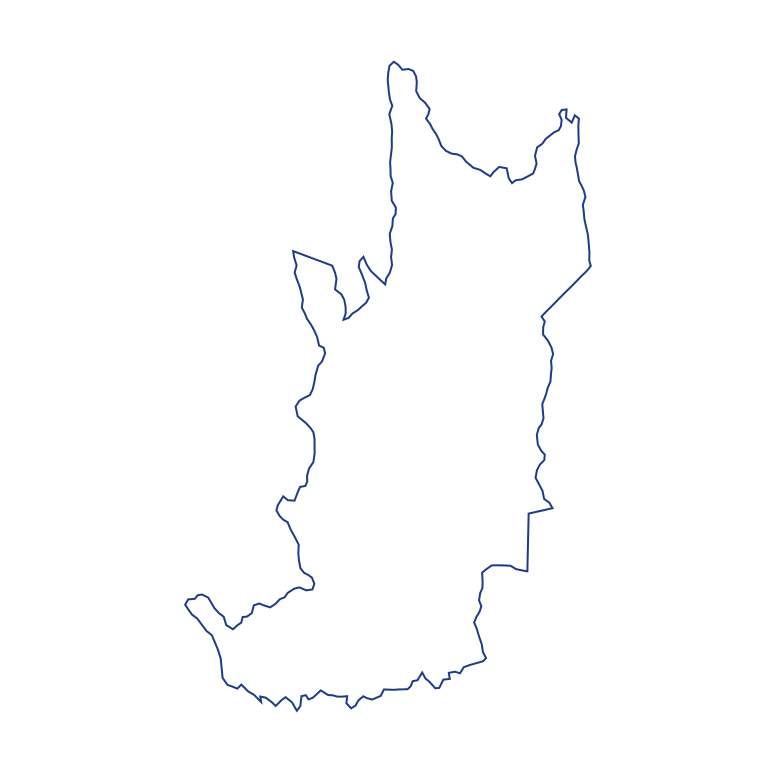 Maiquinique, Bahia, Brazil, rotated 355°
{"feature_id": "56859067B35970304488372", "entity_name": "Maiquinique", "entity_type": "district", "adm_level": 2, "iso_a3": "BRA", "parent_name": "Brazil", "parent_adm1": "Bahia", "projection": "equal_earth", "projection_center": [-40.278, -15.65], "detail": "fine", "context": "isolated", "style": "outline", "palette": "blue", "viewbox_px": 768, "rotation_deg": 355, "n_neighbors": 0, "source": "geoboundaries", "source_scale": "gbopen_adm2", "svg_char_len": 4294}
<svg xmlns="http://www.w3.org/2000/svg" viewBox="0 0 768 768"><g transform="rotate(355 384 384)"><path d="M597.5,133.0L593.8,140.0L588.5,134.6L589.8,126.4L585.0,126.5L582.0,130.4L584.0,136.3L582.7,142.6L580.1,146.4L575.4,148.1L570.9,151.0L566.6,153.8L562.7,158.4L557.2,161.6L554.3,169.8L555.2,177.8L553.1,183.0L550.9,187.3L546.0,189.4L539.3,192.2L532.9,192.5L529.0,195.1L526.2,189.9L525.0,179.8L517.7,177.8L511.6,182.4L508.0,186.4L504.1,183.5L498.3,179.0L491.9,176.4L485.0,169.5L481.6,164.2L477.3,161.7L471.7,160.5L465.9,157.1L461.8,151.8L459.7,144.6L457.5,139.2L454.5,133.9L452.6,129.1L449.0,123.2L451.7,119.2L453.4,114.0L449.4,107.3L444.6,102.4L441.6,95.2L443.0,86.0L442.7,80.2L440.4,74.7L436.1,72.4L429.6,72.5L426.0,67.3L421.9,63.8L417.2,67.5L415.4,74.2L414.2,81.4L414.3,94.1L414.8,101.3L416.5,107.6L412.8,115.7L414.1,125.8L414.1,133.1L413.1,140.2L412.4,149.2L410.7,157.3L409.4,163.7L409.2,170.6L408.7,177.6L410.3,184.4L407.9,192.5L407.7,202.1L411.2,209.3L410.3,215.9L407.3,219.7L406.1,227.4L402.8,234.9L402.8,242.8L403.6,250.9L402.1,258.1L402.4,266.2L399.5,273.6L395.4,279.1L393.9,284.9L389.9,280.6L384.7,274.7L380.9,270.5L377.2,263.6L374.6,255.5L370.3,259.6L369.1,265.5L371.4,272.5L374.0,281.5L375.0,289.6L376.5,296.7L373.2,301.6L369.3,304.3L364.6,308.0L358.8,311.0L354.3,315.2L349.3,316.4L351.9,310.6L352.5,304.0L351.7,296.5L349.3,290.9L343.5,285.5L345.8,275.1L345.0,269.0L342.7,261.6L305.1,243.7L305.5,250.0L307.3,258.3L304.7,265.1L306.3,272.2L308.5,279.7L310.6,292.7L308.8,300.7L311.3,306.8L313.0,312.3L316.7,319.0L319.2,324.8L321.4,331.1L322.7,340.1L327.2,342.7L328.0,348.4L324.2,356.2L320.1,359.9L316.7,368.6L314.6,376.6L312.6,382.8L309.2,388.6L302.5,391.2L298.4,393.2L294.0,398.7L295.2,408.7L302.9,416.2L307.0,421.5L309.4,425.8L310.0,432.2L309.4,440.0L308.8,447.4L306.9,455.5L301.9,461.8L299.3,468.8L299.1,474.3L296.8,478.7L291.4,479.2L288.6,484.4L284.7,492.4L278.1,491.4L273.8,487.2L267.7,495.4L265.8,500.5L268.6,506.5L271.8,510.4L275.9,513.2L278.5,521.3L281.5,527.9L285.0,536.6L283.9,545.3L283.9,552.4L284.7,560.3L288.0,565.2L291.7,567.5L295.3,570.6L297.2,577.0L294.8,582.4L288.6,582.8L282.1,579.3L276.8,580.0L269.9,583.7L266.3,587.9L261.7,589.2L256.8,593.5L251.2,596.6L245.3,594.2L240.5,591.8L235.0,593.2L232.4,600.7L227.2,603.8L222.9,603.8L221.0,609.3L216.7,611.7L212.2,615.2L205.8,610.4L204.0,601.8L199.8,598.1L195.4,592.3L192.4,585.9L190.3,581.5L184.5,577.9L180.0,578.2L176.9,581.5L170.1,581.5L166.7,586.5L169.5,591.8L172.8,597.2L177.4,601.2L185.6,614.5L190.6,619.2L195.3,633.8L197.4,643.2L197.6,662.7L201.9,670.1L206.8,672.3L211.3,674.7L215.7,671.0L221.7,678.2L227.5,682.4L233.9,690.1L233.5,684.6L238.8,686.1L244.6,691.3L248.0,695.3L254.3,690.1L258.6,687.4L264.6,693.1L268.7,701.9L272.5,697.7L274.6,687.8L279.0,687.2L281.3,691.6L285.6,690.4L289.4,687.6L294.2,683.7L301.2,689.0L305.6,689.6L310.1,691.3L314.6,691.8L320.1,691.8L318.7,698.8L323.0,704.2L327.6,701.9L330.9,697.0L336.1,693.3L339.7,695.5L344.8,697.3L353.6,694.4L357.3,688.3L367.1,689.5L372.5,689.6L380.9,690.1L384.3,687.4L386.7,682.6L391.6,682.0L396.9,674.7L399.5,680.8L403.1,684.4L408.6,691.6L412.6,691.5L417.3,683.7L423.8,683.5L423.4,677.4L429.6,676.8L434.5,678.8L438.8,673.1L445.0,671.4L458.6,668.8L461.8,665.9L459.2,659.8L458.7,652.0L456.6,643.4L455.1,635.8L453.0,629.5L455.8,624.0L459.4,619.1L461.6,613.9L459.8,607.8L461.6,600.7L464.3,595.7L465.0,589.4L465.3,580.5L469.4,577.6L475.6,574.1L481.3,574.5L487.8,575.2L494.2,576.1L499.4,579.9L505.2,581.7L510.5,583.1L516.8,525.7L541.0,522.4L538.4,516.7L533.5,512.4L532.6,504.3L530.0,498.0L526.8,490.7L528.8,483.3L532.3,477.8L537.1,473.7L538.0,468.4L534.8,464.1L532.0,457.8L531.8,448.0L534.4,441.3L537.5,437.8L539.9,432.1L539.9,425.1L539.9,417.9L542.9,411.9L544.9,407.4L546.7,402.2L550.0,396.1L551.3,388.2L552.4,382.8L552.4,375.5L555.1,368.9L553.9,361.9L550.9,354.8L546.8,348.6L547.5,341.4L549.6,335.7L546.8,330.5L551.3,326.5L555.8,322.8L561.2,318.2L567.2,313.0L573.2,308.0L579.2,303.1L584.8,298.3L589.5,294.2L593.6,290.9L597.0,288.0L600.3,284.4L599.2,278.8L600.1,271.7L600.2,260.9L600.1,252.8L598.8,243.7L598.0,236.9L598.0,230.1L597.7,222.9L601.0,215.1L599.9,208.7L598.0,203.4L596.0,198.9L595.6,193.4L594.9,185.5L594.1,179.8L594.1,173.8L596.4,167.1L599.0,161.4L599.5,152.1L600.1,143.7L601.3,136.5L597.5,133.0Z" fill="none" stroke="#1e3a8a" stroke-width="2"/></g></svg>